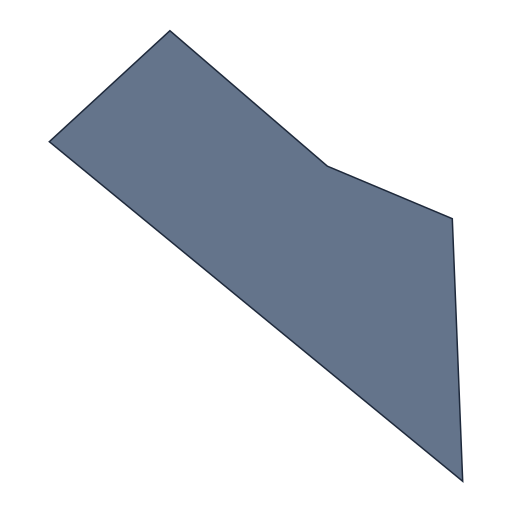 an SVG outline of Birgu
{"feature_id": "MLT-5951", "entity_name": "Birgu", "entity_type": "state/province", "adm_level": 1, "iso_a3": "MLT", "parent_name": "Malta", "parent_adm1": "", "projection": "robinson", "projection_center": [14.523, 35.888], "detail": "fine", "context": "isolated", "style": "filled", "palette": "slate", "viewbox_px": 512, "rotation_deg": 0, "n_neighbors": 0, "source": "natural_earth", "source_scale": "10m", "svg_char_len": 214}
<svg xmlns="http://www.w3.org/2000/svg" viewBox="0 0 512 512"><path d="M223.1,284.5L49.3,141.7L169.9,30.7L327.4,166.2L452.3,218.7L462.7,481.3L223.1,284.5Z" fill="#64748b" stroke="#1e293b" stroke-width="1.5"/></svg>